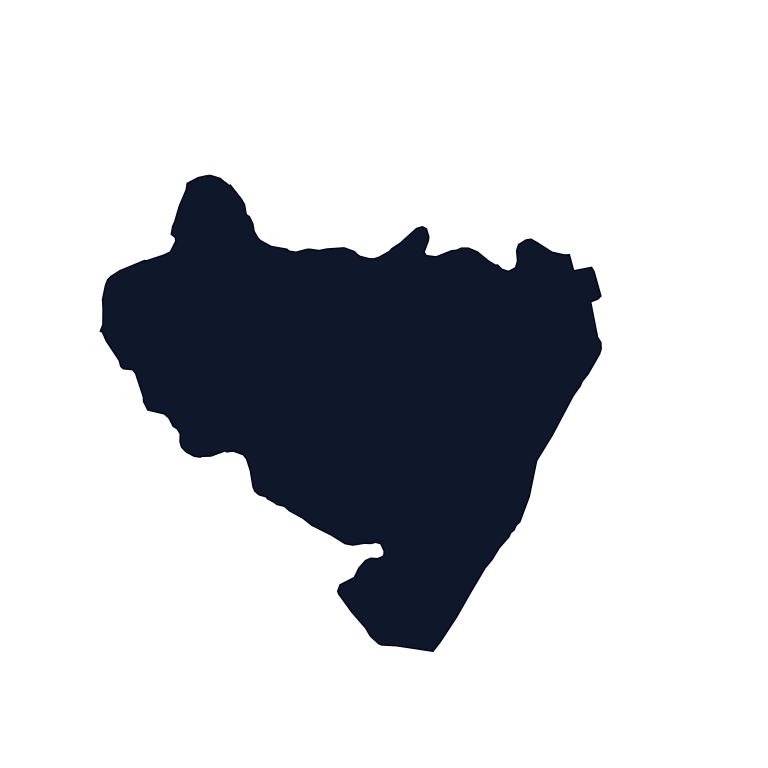 San Miguel Ixtahuacán, San Marcos, Guatemala (Robinson projection), rotated 66°
{"feature_id": "79465075B62576691905378", "entity_name": "San Miguel Ixtahuacán", "entity_type": "district", "adm_level": 2, "iso_a3": "GTM", "parent_name": "Guatemala", "parent_adm1": "San Marcos", "projection": "robinson", "projection_center": [-91.747, 15.27], "detail": "fine", "context": "isolated", "style": "filled", "palette": "ink", "viewbox_px": 768, "rotation_deg": 66, "n_neighbors": 0, "source": "geoboundaries", "source_scale": "gbopen_adm2", "svg_char_len": 2318}
<svg xmlns="http://www.w3.org/2000/svg" viewBox="0 0 768 768"><g transform="rotate(66 384 384)"><path d="M372.9,586.7L376.1,581.5L375.9,580.0L379.4,571.4L380.4,556.3L382.0,555.4L383.9,549.0L391.3,541.3L396.7,540.0L408.7,541.3L424.8,545.5L429.2,545.6L434.3,543.3L439.2,537.5L441.7,537.0L447.1,532.7L450.5,530.8L455.2,524.7L461.2,522.0L474.0,512.4L483.7,507.4L500.1,493.9L514.1,484.4L518.5,477.9L521.4,466.9L524.4,460.7L525.1,456.1L528.5,451.9L536.8,451.8L539.7,453.3L541.1,455.2L541.0,460.9L537.8,467.0L537.8,472.7L542.0,481.9L548.7,489.8L549.6,505.8L554.5,510.6L557.4,510.8L579.1,506.2L599.6,500.0L608.7,499.0L619.0,494.5L621.3,492.5L628.1,479.2L648.1,447.9L642.4,437.4L626.6,412.8L609.0,388.8L593.1,366.4L588.4,356.8L580.5,345.3L574.5,332.2L571.5,328.8L570.2,324.5L566.9,320.8L565.1,315.9L546.0,297.2L516.1,275.7L499.0,250.8L471.6,215.9L466.8,207.7L466.1,206.1L462.1,201.8L458.0,193.7L444.2,174.8L440.2,171.3L434.3,169.0L428.2,169.9L393.0,161.8L393.4,154.2L391.8,150.1L366.8,146.4L361.9,147.0L357.8,164.7L341.3,162.1L339.7,166.4L332.1,176.8L317.6,186.4L311.6,190.7L310.2,195.7L311.4,204.3L316.2,208.6L326.0,212.0L331.3,216.5L331.9,224.3L327.4,229.5L321.5,231.9L320.7,234.0L314.7,238.2L301.3,245.0L294.2,251.7L291.4,257.9L291.3,263.6L289.8,267.9L289.1,284.7L283.9,293.2L279.8,293.8L271.5,285.6L267.9,283.3L259.6,282.1L256.0,284.9L255.2,291.0L262.0,311.9L263.6,321.8L265.1,325.1L266.2,336.8L265.6,342.3L263.7,346.4L257.5,354.2L254.3,356.0L251.0,357.2L243.4,365.1L237.4,381.5L235.8,388.9L231.1,396.4L229.8,399.0L227.8,411.0L223.9,416.8L221.4,417.9L212.5,431.1L202.7,438.6L198.8,439.9L191.7,440.6L184.3,438.7L176.7,438.9L173.1,441.0L163.6,438.5L157.3,439.1L139.8,443.5L139.6,445.0L135.8,446.7L134.2,447.9L129.6,450.0L126.2,453.9L122.7,458.0L121.4,462.5L119.9,469.9L120.7,482.2L126.2,485.7L138.1,498.5L150.5,509.0L154.0,512.9L160.7,517.4L165.1,515.0L168.6,516.0L169.9,517.4L175.0,523.6L176.5,525.4L176.7,532.7L174.9,550.7L173.8,552.6L173.1,579.2L174.7,589.9L176.5,594.2L180.6,598.3L192.3,606.7L200.7,609.9L215.4,616.6L220.4,621.6L222.1,620.1L231.6,620.2L255.0,616.3L260.9,617.3L264.0,616.0L268.6,607.9L273.2,606.6L298.0,609.1L302.4,610.8L311.7,610.3L321.9,596.9L327.6,594.3L336.9,593.8L340.6,591.2L346.7,590.4L353.7,593.8L359.3,594.6L365.7,592.3L372.9,586.7Z" fill="#0f172a" stroke="#020617" stroke-width="1.5"/></g></svg>